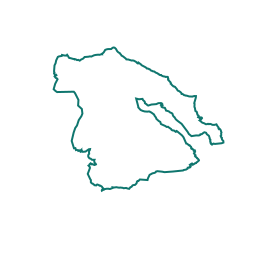 outline of Pietroasa, Bihor, Romania, rotated 204°
{"feature_id": "2599482B17260898829411", "entity_name": "Pietroasa", "entity_type": "district", "adm_level": 2, "iso_a3": "ROU", "parent_name": "Romania", "parent_adm1": "Bihor", "projection": "robinson", "projection_center": [22.598, 46.593], "detail": "fine", "context": "isolated", "style": "outline", "palette": "teal", "viewbox_px": 256, "rotation_deg": 204, "n_neighbors": 0, "source": "geoboundaries", "source_scale": "gbopen_adm2", "svg_char_len": 5805}
<svg xmlns="http://www.w3.org/2000/svg" viewBox="0 0 256 256"><g transform="rotate(204 128 128)"><path d="M163.4,191.5L164.2,192.2L165.0,192.4L166.0,193.1L167.0,193.1L168.2,193.4L169.3,193.9L171.1,195.3L172.7,195.9L173.7,195.8L174.7,195.0L175.5,193.3L178.1,192.1L179.1,191.5L180.6,190.1L180.9,187.4L181.3,186.3L182.0,185.2L181.7,184.8L182.3,184.6L182.8,184.1L184.1,183.1L185.0,182.9L187.4,181.5L188.7,180.5L190.5,178.4L192.0,177.9L193.2,177.0L196.5,175.2L197.2,173.2L198.8,171.3L199.5,169.9L201.2,170.0L201.8,169.5L202.3,169.3L203.8,169.5L204.7,168.9L205.1,169.2L206.2,168.8L209.1,168.4L210.1,168.1L210.8,168.3L211.5,169.0L213.4,170.1L213.7,169.1L215.8,168.3L218.0,167.9L217.8,166.9L220.2,165.3L221.0,164.4L221.1,160.5L220.5,157.7L220.6,155.3L218.6,149.7L217.7,148.7L217.9,148.1L217.8,147.8L216.5,147.0L215.9,146.9L215.5,147.4L214.9,147.1L215.1,146.7L215.9,146.1L216.1,145.3L214.4,144.4L213.1,144.4L212.2,143.9L212.5,138.8L211.7,133.2L209.2,132.3L207.4,132.0L192.3,139.1L190.6,138.3L184.7,133.5L182.7,128.2L177.9,126.6L175.5,122.6L175.4,119.8L176.2,115.2L175.6,109.5L176.2,106.6L175.8,101.8L174.2,93.3L169.1,87.5L167.9,88.2L166.6,86.7L166.3,87.0L165.8,87.2L164.9,87.2L164.4,87.0L164.1,87.4L163.9,87.0L163.3,87.5L162.5,87.7L162.2,88.3L162.1,87.3L162.0,87.1L161.5,87.0L161.3,87.4L161.7,88.7L161.6,88.9L161.2,88.9L160.3,87.8L159.7,87.8L157.2,89.2L155.1,92.7L154.1,93.3L153.9,92.4L154.1,91.4L154.0,90.4L153.0,88.7L153.3,87.5L153.1,86.6L152.6,85.6L150.9,84.6L149.6,84.8L147.9,84.3L145.7,85.3L145.7,84.5L144.4,82.6L143.1,82.3L142.5,81.7L143.5,80.6L145.0,80.4L146.3,80.5L146.5,80.1L147.8,80.5L148.3,79.4L148.1,78.9L148.8,77.6L146.9,76.7L146.5,75.9L146.1,69.7L141.8,66.0L140.7,65.3L139.9,63.4L139.1,62.9L138.1,62.7L137.4,62.8L136.8,62.5L135.6,62.4L135.3,62.1L133.7,62.6L133.4,63.6L133.0,63.9L131.2,64.0L130.6,63.7L129.9,64.1L128.0,63.8L127.0,63.1L126.1,62.8L126.6,60.7L126.5,60.2L126.4,60.1L125.6,61.4L125.0,61.7L124.5,62.6L123.0,63.7L121.4,64.5L120.3,64.7L119.6,65.0L117.4,67.2L117.8,67.6L116.6,67.9L114.5,69.2L112.7,69.6L111.5,70.0L111.0,70.4L108.5,71.2L107.5,71.2L105.3,72.5L104.1,72.5L102.2,72.9L101.7,74.9L101.2,75.3L100.8,75.9L100.5,77.4L99.9,78.0L98.6,78.8L98.3,79.1L98.2,79.6L97.8,80.5L97.7,81.3L98.0,82.4L97.9,83.1L97.7,83.5L97.0,83.7L96.2,85.8L89.0,88.4L89.3,90.1L89.2,94.0L87.6,96.0L87.4,96.4L85.5,97.8L84.8,98.7L84.7,99.6L83.6,100.5L79.0,102.0L76.7,102.5L69.1,106.6L60.4,111.6L60.1,112.2L58.0,113.7L57.0,115.2L57.3,116.0L56.8,116.3L56.6,116.6L55.6,116.9L55.2,117.5L55.6,118.0L55.2,118.8L56.5,119.5L55.7,120.9L55.2,121.5L54.4,120.9L54.2,121.3L53.7,121.0L52.5,122.7L52.4,123.1L51.5,123.7L51.5,124.3L50.9,125.2L50.0,127.2L50.4,127.7L51.6,128.3L52.5,128.4L52.7,128.5L52.8,128.8L54.8,129.3L54.8,129.5L55.3,129.7L55.1,130.3L55.2,130.6L55.8,130.7L57.4,131.7L57.1,132.3L57.3,132.8L57.2,133.1L57.5,133.2L57.3,134.2L57.9,134.7L58.3,134.2L58.8,134.0L59.6,134.9L60.3,134.9L60.8,135.2L61.5,134.8L62.2,135.3L62.3,136.0L62.8,136.5L64.0,136.8L64.4,137.2L64.9,137.3L65.1,137.3L65.5,137.0L66.8,137.5L68.1,137.7L68.5,137.5L73.5,142.1L75.6,143.2L81.9,145.0L82.4,145.0L82.4,144.3L82.8,143.9L85.1,144.4L86.4,143.9L87.4,144.0L88.2,144.6L91.4,145.2L91.9,145.4L93.1,144.7L94.8,145.0L99.4,145.0L99.7,145.2L101.0,146.7L102.8,146.9L105.8,147.9L106.7,148.9L109.0,150.2L109.6,150.9L113.3,151.7L114.0,151.6L114.5,151.8L115.5,151.7L117.0,150.8L119.5,149.9L121.6,149.6L123.8,149.6L127.0,151.0L127.3,151.7L132.5,158.2L129.7,158.7L126.6,160.5L125.6,159.6L123.7,159.0L123.1,158.5L122.9,157.9L122.7,157.6L121.4,157.3L120.9,157.3L120.0,156.9L118.7,156.7L116.1,159.0L111.9,161.3L110.4,163.0L108.2,164.1L107.4,164.3L106.6,163.9L107.2,163.2L107.2,162.6L106.2,162.9L105.9,162.7L106.8,162.1L105.9,161.0L104.8,160.9L102.5,161.4L101.0,160.1L100.4,159.4L97.6,159.8L95.8,159.3L94.2,159.4L93.2,159.1L91.9,157.6L90.6,156.9L89.9,156.8L87.9,155.4L85.6,154.7L80.7,153.6L71.9,148.7L70.0,147.3L66.7,146.4L62.8,148.9L60.2,150.0L59.2,151.1L59.3,151.7L58.1,152.4L57.8,152.9L57.0,154.5L56.4,155.2L54.7,155.4L53.5,154.4L51.0,153.8L49.5,152.3L49.3,151.7L48.1,150.9L48.2,150.5L47.5,149.8L47.4,149.3L47.0,148.9L47.1,148.7L46.3,148.1L46.2,147.7L45.7,147.7L45.4,147.2L45.1,147.3L45.1,147.2L44.5,147.0L43.6,148.5L42.1,148.8L39.3,150.4L36.2,152.2L34.9,153.5L35.6,154.9L37.4,155.7L37.7,156.3L38.2,156.6L38.3,157.3L39.3,157.6L40.1,158.4L39.9,158.7L39.9,159.4L40.8,161.1L40.8,162.0L41.7,162.8L42.0,163.3L42.8,164.0L43.6,164.4L44.2,164.5L44.5,164.0L45.1,164.3L45.5,165.3L46.9,166.0L48.7,167.3L50.2,166.1L51.5,165.5L52.3,165.2L53.7,165.3L54.8,165.1L55.6,164.4L56.6,164.4L57.3,163.7L58.5,163.1L60.1,163.3L62.3,163.1L65.5,164.0L65.1,164.4L64.4,167.1L64.6,167.3L65.3,167.1L65.5,166.8L65.5,166.5L66.4,165.9L66.5,166.0L66.1,166.6L66.4,166.8L66.3,167.1L67.2,166.8L67.4,166.5L68.2,166.4L68.1,167.1L68.3,167.7L68.8,167.7L69.0,168.1L69.8,168.3L70.7,169.2L70.8,169.7L71.7,170.4L71.9,170.8L73.4,171.0L75.0,173.5L75.9,174.3L77.0,177.1L77.3,177.5L77.6,177.6L78.4,183.4L78.9,184.8L80.4,184.2L80.7,183.8L81.3,183.6L81.9,182.9L85.0,181.7L87.7,181.4L88.2,181.1L88.9,181.1L90.2,180.8L90.8,181.1L92.4,181.2L92.9,180.9L93.6,181.7L94.6,182.1L96.4,182.5L97.7,182.4L98.6,182.9L98.8,183.2L101.8,184.7L102.5,184.6L103.1,184.7L103.4,184.5L105.5,185.2L106.5,185.8L106.9,185.8L107.0,186.4L107.7,186.7L107.9,187.1L110.9,188.3L111.1,188.5L111.0,189.2L111.7,189.7L112.2,190.7L112.6,190.8L113.8,190.3L114.5,189.9L115.2,190.0L117.0,189.5L119.4,189.6L119.5,189.8L120.4,189.4L121.1,189.4L121.9,189.8L122.6,189.7L123.3,190.0L123.9,189.9L125.5,189.9L126.8,190.3L128.4,189.9L129.3,190.0L130.1,189.8L132.2,190.5L132.7,190.3L133.0,190.4L134.2,190.4L134.8,190.0L136.5,190.6L141.2,190.9L141.8,191.3L145.0,192.0L144.9,191.3L145.1,191.0L145.8,191.0L147.6,191.7L150.1,191.9L151.3,191.6L152.1,191.1L155.6,190.7L157.4,190.0L158.2,190.5L161.7,191.4L163.4,191.5Z" fill="none" stroke="#0f766e" stroke-width="2"/></g></svg>